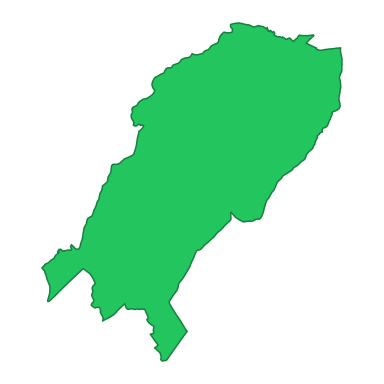 the district of Tenjo, Cundinamarca, Colombia
{"feature_id": "7082276B86152202895144", "entity_name": "Tenjo", "entity_type": "district", "adm_level": 2, "iso_a3": "COL", "parent_name": "Colombia", "parent_adm1": "Cundinamarca", "projection": "albers", "projection_center": [-74.143, 4.827], "detail": "fine", "context": "isolated", "style": "filled", "palette": "green", "viewbox_px": 384, "rotation_deg": 0, "n_neighbors": 0, "source": "geoboundaries", "source_scale": "gbopen_adm2", "svg_char_len": 5863}
<svg xmlns="http://www.w3.org/2000/svg" viewBox="0 0 384 384"><path d="M44.9,265.1L42.3,267.4L41.9,268.0L42.0,268.2L43.1,269.3L43.5,270.1L44.7,270.9L44.9,272.6L45.1,273.4L46.0,274.4L46.0,275.4L47.0,279.1L49.9,286.3L49.9,291.2L49.4,294.4L47.7,300.4L47.8,301.4L49.1,301.4L57.1,293.8L57.3,293.4L69.4,281.6L83.2,268.6L89.9,273.7L92.4,277.2L95.3,283.3L94.7,283.9L94.3,284.9L93.3,285.5L93.0,286.0L92.2,287.7L92.2,288.8L92.8,291.1L92.7,292.4L91.8,294.3L91.8,295.6L92.6,297.8L93.8,300.1L93.8,300.6L93.1,302.4L91.9,303.3L91.3,304.6L91.3,305.0L91.5,305.5L93.1,306.8L94.8,307.9L95.6,307.8L97.1,307.3L98.9,307.4L99.6,307.8L100.1,308.8L100.4,310.2L100.4,312.5L101.5,314.7L102.5,316.2L103.1,317.8L102.8,320.8L110.6,316.8L110.5,316.7L113.6,314.8L116.5,312.1L116.7,311.3L124.7,303.8L126.5,308.6L127.7,309.2L128.6,309.3L129.8,309.0L132.0,308.8L134.8,309.5L135.5,309.4L136.2,309.0L137.2,308.8L137.6,309.1L138.5,309.3L140.4,309.4L141.6,308.9L143.3,309.3L144.6,309.2L148.0,316.7L148.1,318.2L147.4,319.2L146.9,319.5L147.6,321.2L149.1,323.0L151.7,325.0L153.7,326.2L154.0,326.7L153.4,329.2L153.4,331.1L153.8,333.0L153.4,333.4L150.9,334.0L150.4,334.3L154.9,340.8L158.1,345.2L154.7,347.9L155.1,348.4L155.9,348.8L156.4,349.3L157.1,350.3L157.8,350.7L159.1,352.0L159.9,352.5L161.1,356.6L161.1,358.1L160.7,359.2L160.9,359.7L161.7,360.7L162.1,360.9L162.7,361.0L164.4,360.5L165.5,360.6L166.6,360.1L181.6,338.9L187.2,331.3L186.1,330.2L185.6,329.4L180.8,321.3L175.7,313.8L171.3,306.7L169.4,303.4L169.3,301.5L173.4,295.1L176.9,290.4L178.0,287.7L178.4,284.9L179.1,283.0L182.0,279.5L183.1,277.9L185.4,274.3L189.2,267.9L191.4,262.5L193.3,258.4L195.8,252.4L196.5,251.0L197.6,250.2L199.8,249.8L201.1,249.0L204.4,245.3L208.0,242.3L212.1,238.4L213.7,237.2L217.2,232.8L220.8,229.9L223.5,227.1L224.6,225.7L230.4,220.3L231.0,219.0L230.7,213.8L231.1,212.4L235.9,217.6L238.2,219.2L242.8,221.7L244.0,221.9L247.8,221.2L251.9,221.2L254.1,220.5L255.8,219.2L259.1,219.2L259.9,218.8L261.1,217.4L262.0,215.6L263.4,212.1L264.2,208.3L266.3,201.2L268.8,197.8L271.6,192.8L274.1,189.7L277.3,182.4L279.3,180.2L281.1,178.7L282.6,176.3L283.1,175.8L284.7,174.6L287.0,173.4L291.1,170.8L292.5,169.5L293.4,168.1L294.1,167.4L297.4,165.5L300.2,162.7L301.3,161.7L303.9,160.0L304.9,158.9L305.3,158.2L306.4,155.1L307.2,153.7L309.0,151.6L312.4,148.7L313.2,147.3L313.7,145.5L314.8,144.5L314.8,143.6L315.8,140.6L316.7,138.7L317.4,138.1L317.4,137.2L317.1,136.2L318.0,135.2L319.4,134.2L320.3,132.7L321.0,132.3L322.3,132.0L322.2,129.8L322.8,128.3L323.7,127.9L325.1,127.6L326.7,126.5L327.3,125.8L328.1,124.2L329.1,121.2L330.4,119.2L330.8,117.1L331.4,116.1L332.1,114.3L332.2,112.3L334.3,111.2L336.2,110.7L339.3,108.5L340.0,106.7L340.1,105.2L339.8,103.0L338.8,99.3L339.1,97.4L339.0,96.5L339.8,93.5L340.1,90.3L340.7,87.8L340.7,86.1L340.4,82.2L340.0,79.9L339.5,78.4L339.5,77.5L339.7,76.2L340.6,73.6L341.7,71.7L341.9,69.0L341.7,66.1L342.1,64.6L341.9,62.0L342.0,58.8L340.5,51.8L340.5,47.9L335.5,48.3L332.5,48.8L328.0,49.1L326.5,49.5L325.4,49.5L321.5,50.3L319.0,50.2L317.7,49.6L316.8,49.5L316.4,49.1L316.5,48.1L306.3,43.3L309.1,40.0L313.8,35.7L313.4,35.0L308.4,35.6L306.0,35.6L302.4,35.6L299.4,35.2L298.6,35.9L297.5,37.4L297.3,38.1L297.0,38.4L295.3,39.5L293.5,41.5L292.7,40.7L291.8,40.2L290.1,38.2L288.1,38.3L287.4,39.0L286.6,39.5L282.5,37.0L281.9,37.6L280.1,36.8L276.8,36.6L276.2,36.1L275.2,35.8L274.0,34.9L274.8,33.4L274.4,32.9L274.4,32.2L273.4,31.7L272.4,32.5L271.3,31.1L270.3,30.5L270.1,31.2L269.6,31.1L269.5,31.6L268.1,31.1L268.2,30.0L267.5,29.4L267.5,28.4L267.2,27.7L266.4,28.6L265.4,28.1L263.4,26.7L258.0,25.6L257.8,25.6L257.4,26.2L256.3,26.3L254.8,26.9L253.8,26.9L253.1,26.8L249.0,24.9L246.9,24.8L241.7,23.5L239.0,23.0L236.6,23.1L234.0,23.6L231.0,24.3L230.6,24.6L230.5,26.0L230.7,27.1L232.4,29.0L232.4,30.5L232.0,32.1L231.8,32.4L231.3,32.5L227.9,32.9L226.3,32.7L224.4,32.2L224.0,32.2L223.4,32.5L220.9,35.1L220.1,36.2L219.2,38.4L218.5,41.4L217.8,42.8L216.5,43.5L214.0,44.4L211.6,45.8L210.6,46.7L209.1,48.9L208.6,49.3L207.6,50.0L205.5,50.6L204.7,51.1L203.6,52.2L203.0,53.2L202.4,53.6L199.2,54.3L197.6,54.8L196.2,54.8L194.7,54.8L192.2,53.7L192.0,53.8L190.9,55.9L190.1,56.7L189.0,57.4L184.7,58.1L181.8,59.3L181.1,60.0L180.2,61.6L179.1,62.7L177.8,63.5L176.3,63.9L173.3,65.0L172.7,65.7L171.9,67.0L171.2,67.7L167.6,67.9L166.5,68.4L166.1,68.8L164.9,70.6L163.9,73.1L162.0,73.7L160.5,74.4L157.1,76.5L155.4,77.1L154.2,78.4L153.0,80.8L151.9,84.1L152.2,86.1L152.7,87.3L153.3,88.5L154.6,89.9L154.6,91.1L153.7,92.9L152.3,94.6L151.0,95.8L149.2,96.9L148.4,97.6L145.9,98.7L143.3,99.1L141.9,100.0L141.3,100.6L139.7,101.4L139.2,101.8L138.8,102.3L137.0,105.3L135.6,106.1L133.3,107.0L132.0,108.8L131.9,109.3L132.3,111.1L132.4,112.3L132.3,113.1L131.4,114.2L131.2,114.7L131.2,117.1L132.0,119.1L133.7,121.9L133.7,123.3L133.5,125.3L134.9,126.0L136.1,126.0L138.6,124.5L139.4,124.4L140.6,125.4L141.8,125.0L142.4,125.0L143.7,125.7L143.1,127.2L142.2,128.4L140.1,130.5L138.9,131.3L138.7,132.9L137.4,138.2L136.5,144.4L135.8,147.8L134.0,153.3L133.6,154.2L133.2,154.7L131.9,155.7L124.2,159.1L119.7,163.3L118.5,163.9L116.6,164.3L115.6,164.4L113.8,164.2L113.0,164.4L112.3,164.8L111.7,165.7L111.5,166.4L111.0,170.7L110.6,172.6L110.2,173.6L108.2,176.8L107.5,181.1L106.9,182.1L105.4,183.6L102.6,185.8L101.7,190.4L99.8,193.8L98.7,199.8L97.6,201.1L97.2,201.8L96.0,206.1L93.7,210.7L93.4,212.5L92.6,214.8L92.3,215.4L91.3,216.4L88.5,217.9L87.4,218.9L86.4,223.5L84.0,228.1L82.4,238.6L80.6,243.8L80.1,246.6L79.1,248.5L78.8,248.9L78.1,249.2L76.6,249.2L75.9,248.9L74.7,248.0L73.1,246.1L71.4,244.8L70.7,246.1L70.7,246.6L71.4,249.0L71.4,249.8L71.0,250.2L70.2,250.3L69.6,250.0L68.1,250.0L65.6,250.7L64.6,250.8L64.1,251.0L63.9,250.7L62.7,251.0L60.6,249.2L59.6,250.0L59.1,249.5L58.5,250.8L58.2,250.6L57.8,251.6L58.8,252.3L57.8,252.7L58.2,253.4L55.8,255.1L55.4,255.6L54.0,258.4L50.9,260.3L48.5,262.7L45.3,264.2L44.8,264.7L44.9,265.1Z" fill="#22c55e" stroke="#15803d" stroke-width="1.5"/></svg>